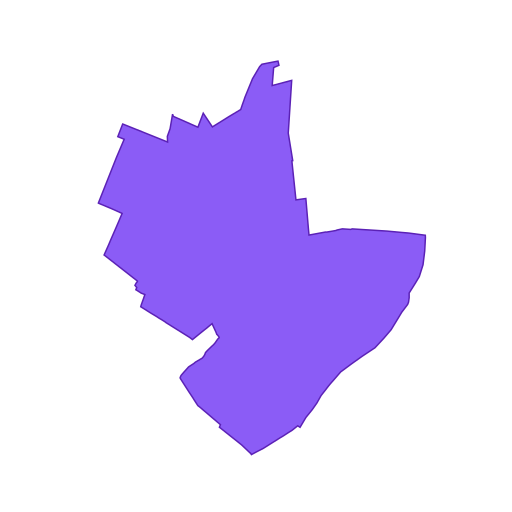 outline of Zimnicea, Teleorman, Romania, rotated 282°
{"feature_id": "2599482B67626628859596", "entity_name": "Zimnicea", "entity_type": "district", "adm_level": 2, "iso_a3": "ROU", "parent_name": "Romania", "parent_adm1": "Teleorman", "projection": "equal_earth", "projection_center": [25.358, 43.689], "detail": "fine", "context": "isolated", "style": "filled", "palette": "violet", "viewbox_px": 512, "rotation_deg": 282, "n_neighbors": 0, "source": "geoboundaries", "source_scale": "gbopen_adm2", "svg_char_len": 2389}
<svg xmlns="http://www.w3.org/2000/svg" viewBox="0 0 512 512"><g transform="rotate(282 256 256)"><path d="M406.5,211.9L401.3,211.2L396.1,210.6L386.6,200.4L373.2,186.5L384.7,174.7L369.9,172.4L375.2,147.0L375.4,146.1L377.4,144.9L362.6,145.5L354.6,144.4L349.1,145.8L352.6,125.8L357.4,98.2L357.0,98.1L344.0,96.0L342.8,102.8L323.3,99.0L275.0,90.8L274.8,91.4L272.3,104.7L269.8,116.2L261.1,114.5L254.6,113.2L242.4,110.7L236.2,109.5L230.1,108.2L225.4,107.2L206.8,145.3L206.3,145.3L204.6,144.4L202.1,143.7L200.4,145.9L198.0,145.5L197.6,146.8L197.5,147.0L196.3,150.2L195.8,151.4L195.2,155.3L190.8,154.8L188.6,154.5L184.1,153.9L182.4,153.8L182.3,154.1L178.1,165.5L176.1,171.4L175.1,173.9L174.1,176.9L173.0,179.9L172.4,181.4L172.2,181.6L162.9,207.1L162.3,208.6L161.0,211.2L163.0,212.8L169.2,217.8L173.0,220.9L175.5,223.0L176.7,223.9L180.7,227.1L174.9,231.4L173.0,232.8L171.1,234.0L171.0,234.4L171.0,234.5L170.5,235.0L170.0,235.7L169.4,236.3L169.1,236.6L168.8,236.9L168.5,236.9L168.3,236.9L168.1,236.7L166.9,235.9L165.5,235.3L162.6,234.1L160.4,232.9L158.5,231.5L153.9,228.4L151.8,227.1L150.7,226.6L149.6,226.5L148.7,226.3L147.2,225.8L145.0,224.7L139.7,218.9L139.1,218.4L138.1,217.7L136.1,215.7L133.8,213.4L133.3,213.0L132.2,212.4L128.1,210.0L124.1,207.8L123.1,207.4L121.4,207.1L121.0,207.1L120.2,207.7L119.6,208.3L108.6,219.2L104.1,223.8L102.0,225.8L97.8,230.0L97.5,230.4L97.4,230.5L96.8,231.9L83.6,256.3L80.9,255.8L68.3,281.1L61.8,291.7L61.9,291.8L60.8,292.8L64.6,297.3L69.5,303.3L73.6,307.5L76.3,310.3L83.3,317.5L85.3,319.7L89.7,324.1L93.1,327.6L98.6,332.1L97.6,334.7L108.5,338.4L117.3,342.9L124.8,346.1L133.1,348.7L139.6,351.9L143.6,353.8L146.5,355.3L153.1,359.0L160.2,362.9L170.4,371.9L180.1,380.8L189.7,390.2L190.9,391.4L201.9,398.0L212.0,403.5L224.5,407.9L231.4,410.3L240.1,414.4L242.6,414.8L247.0,414.5L251.6,413.5L252.2,413.7L258.7,416.1L262.5,417.5L269.8,420.0L282.1,421.2L295.9,420.0L309.2,417.9L311.5,417.3L311.0,410.8L310.2,400.6L309.2,392.5L307.6,378.9L302.5,344.4L301.7,343.1L300.5,334.8L298.2,329.7L297.7,329.2L296.6,326.5L294.0,319.9L293.9,319.0L287.5,303.5L294.2,301.4L322.6,292.8L319.2,283.4L356.5,271.3L356.9,272.1L382.9,262.0L435.2,254.4L426.1,236.4L444.0,234.1L445.2,235.8L446.1,237.1L447.3,238.8L449.7,237.7L451.2,237.0L449.8,233.6L444.8,221.9L442.0,220.2L428.6,215.7L426.3,215.3L409.2,212.2L408.5,212.1L406.5,211.9Z" fill="#8b5cf6" stroke="#5b21b6" stroke-width="1.5"/></g></svg>